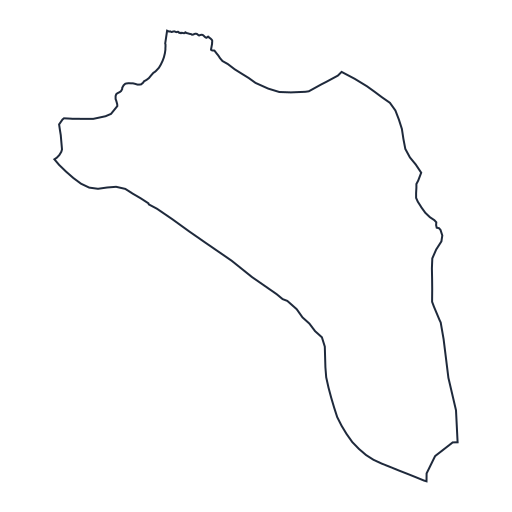 Al Musaymir, Lahij, Yemen (Natural Earth projection)
{"feature_id": "15242507B89977564794878", "entity_name": "Al Musaymir", "entity_type": "district", "adm_level": 2, "iso_a3": "YEM", "parent_name": "Yemen", "parent_adm1": "Lahij", "projection": "natural_earth1", "projection_center": [44.562, 13.43], "detail": "fine", "context": "isolated", "style": "outline", "palette": "slate", "viewbox_px": 512, "rotation_deg": 0, "n_neighbors": 0, "source": "geoboundaries", "source_scale": "gbopen_adm2", "svg_char_len": 3665}
<svg xmlns="http://www.w3.org/2000/svg" viewBox="0 0 512 512"><path d="M54.4,159.3L59.1,164.9L65.8,171.4L73.2,177.9L81.0,183.7L89.2,187.6L98.0,188.8L107.1,187.5L116.1,186.8L125.3,188.9L132.8,193.7L140.7,198.3L148.4,203.3L148.8,204.4L156.9,208.7L172.3,219.2L189.3,231.5L206.0,243.1L231.6,260.7L251.9,277.0L276.7,294.2L282.6,299.1L287.3,300.9L296.7,309.2L302.5,317.4L309.4,323.6L315.1,331.2L321.9,337.3L324.8,346.6L325.1,357.0L325.4,367.3L326.2,377.3L328.5,387.6L331.2,397.7L334.1,407.5L337.2,417.1L341.6,425.8L346.5,433.9L352.3,442.1L359.0,449.0L366.0,455.0L373.5,459.8L381.7,463.6L390.5,467.1L399.1,470.6L407.3,473.8L415.8,477.2L424.1,480.6L426.5,481.3L426.6,473.4L434.6,457.1L435.2,456.0L452.7,442.4L457.6,442.3L456.0,410.3L448.4,377.8L443.6,339.2L440.7,322.5L439.6,320.2L433.9,306.6L432.1,301.8L432.1,299.7L432.2,289.1L432.1,278.9L431.9,268.3L432.3,258.4L436.2,249.5L441.4,241.4L442.3,235.5L440.5,229.9L439.0,228.2L436.7,227.7L436.1,225.1L436.3,222.3L434.4,220.2L429.9,217.2L425.3,212.8L421.4,207.4L420.5,205.9L417.8,201.7L416.1,197.9L416.1,193.1L416.4,187.5L416.4,184.0L418.2,180.6L421.2,172.7L415.8,164.6L409.9,157.4L405.3,148.9L403.4,138.9L401.9,129.0L398.9,119.6L395.4,110.5L389.9,102.8L382.0,97.3L374.5,91.7L367.0,86.3L354.7,78.8L341.6,71.9L338.0,75.5L337.8,75.6L337.7,75.7L326.4,81.8L321.3,84.4L309.7,90.8L308.8,91.3L305.3,91.8L290.9,92.4L279.3,92.0L268.2,88.6L255.5,82.9L248.7,78.0L241.9,73.8L234.7,69.3L227.9,64.1L222.4,61.0L222.3,60.8L220.8,59.1L219.6,57.6L219.0,56.5L218.6,56.0L217.9,55.0L216.8,53.7L215.5,52.0L214.8,51.1L214.4,50.6L213.7,50.5L213.2,50.5L212.7,50.5L212.1,50.4L211.4,50.1L211.1,49.8L211.0,49.3L211.1,49.0L211.2,48.5L212.1,43.7L212.0,42.9L212.2,42.2L212.2,41.2L212.2,40.6L212.0,40.2L211.8,39.8L211.4,39.4L211.0,39.0L210.5,38.5L210.1,38.2L209.5,37.9L209.1,37.5L208.7,37.1L208.5,36.9L208.4,36.7L208.1,36.7L207.9,36.7L207.7,36.8L207.0,37.4L206.7,37.7L206.4,37.8L206.1,37.7L205.4,37.3L205.0,37.0L204.7,36.7L204.3,36.4L203.9,35.9L203.4,35.5L202.9,35.1L202.4,34.9L201.9,34.8L201.2,34.8L200.4,35.0L199.7,35.2L199.1,35.5L198.5,35.2L198.0,34.8L197.5,34.4L197.0,34.0L196.8,33.9L196.2,33.8L195.8,33.7L195.1,33.8L194.3,34.0L193.8,34.3L193.3,34.5L192.7,34.7L192.4,34.7L191.9,34.7L191.4,34.3L191.0,34.1L190.4,34.0L189.7,33.9L188.7,33.6L188.1,33.4L187.6,33.3L187.3,33.2L186.7,33.1L186.3,32.9L186.0,32.7L185.7,32.5L185.5,32.3L185.2,32.4L185.0,32.8L184.7,33.1L183.8,33.1L183.2,33.1L182.8,33.0L182.3,32.9L181.9,32.8L181.6,32.8L181.3,33.1L181.1,33.2L180.8,33.2L180.5,33.1L180.4,32.9L180.2,32.8L179.9,32.8L179.7,32.8L179.4,32.9L179.1,32.8L178.9,32.6L178.7,32.3L178.5,32.0L178.2,31.8L177.6,31.8L177.4,31.9L177.1,32.0L176.8,32.1L176.4,32.1L176.0,32.0L175.6,31.9L175.0,31.6L174.5,31.4L174.2,31.4L173.3,31.5L172.8,31.6L172.3,31.8L171.8,32.0L171.5,32.0L171.0,31.8L170.5,31.5L170.2,31.4L169.9,31.4L169.6,31.5L168.9,31.5L167.1,30.7L165.2,43.5L165.5,44.5L165.5,46.7L165.4,47.9L165.4,49.7L164.9,53.2L163.9,57.3L162.6,60.8L160.8,64.6L158.9,67.8L155.9,71.0L154.7,72.0L153.4,72.8L151.2,75.3L148.9,78.1L146.8,79.7L145.5,80.5L144.1,81.2L143.5,82.1L142.7,83.1L142.2,83.4L141.3,84.3L140.2,84.5L139.1,84.6L137.5,84.6L134.9,83.8L132.8,83.3L130.5,83.3L128.7,83.2L127.0,83.4L126.2,83.5L125.2,83.8L123.6,85.3L122.8,86.7L122.2,87.9L122.2,89.0L121.1,91.0L120.6,91.4L120.3,91.7L118.9,92.5L117.5,93.2L116.4,94.0L116.0,94.8L115.6,96.1L115.6,97.6L115.6,99.0L116.2,100.6L116.6,102.0L117.2,104.2L117.3,105.7L117.3,106.1L111.0,113.9L106.3,115.9L105.7,116.2L93.1,118.9L73.2,118.8L71.9,118.8L71.4,118.7L64.0,118.3L62.5,119.5L59.1,124.4L59.8,129.2L60.8,135.4L60.8,135.7L62.0,149.4L61.3,151.8L59.3,155.1L56.8,157.7L55.6,158.5L54.4,159.3Z" fill="none" stroke="#1e293b" stroke-width="2"/></svg>